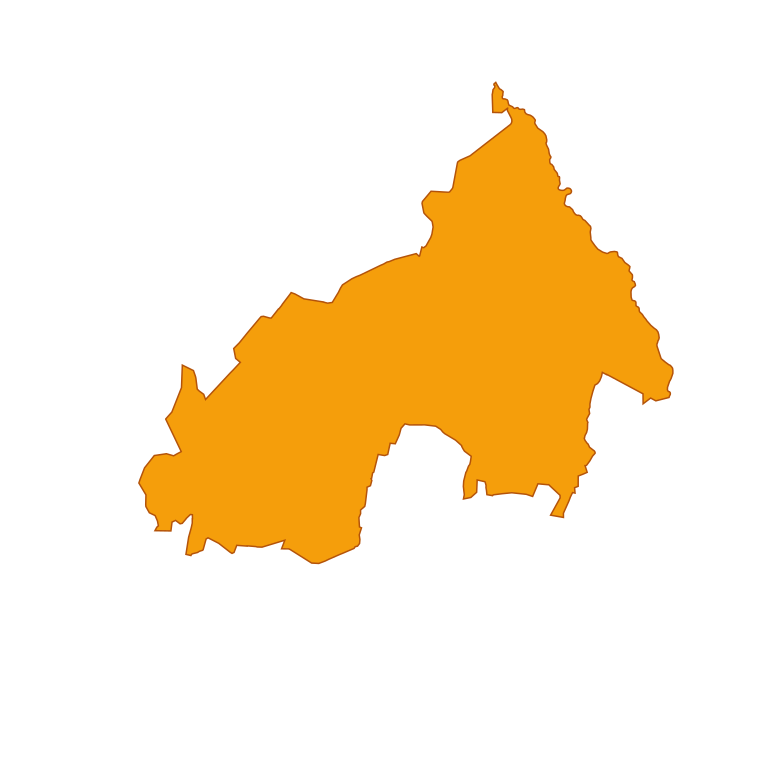 outline of Rencēnu pag., Burtnieku, Latvia, rotated 60°
{"feature_id": "27541924B42196495357588", "entity_name": "Rencēnu pag.", "entity_type": "district", "adm_level": 2, "iso_a3": "LVA", "parent_name": "Latvia", "parent_adm1": "Burtnieku", "projection": "mercator", "projection_center": [25.444, 57.701], "detail": "fine", "context": "isolated", "style": "filled", "palette": "amber", "viewbox_px": 768, "rotation_deg": 60, "n_neighbors": 0, "source": "geoboundaries", "source_scale": "gbopen_adm2", "svg_char_len": 6122}
<svg xmlns="http://www.w3.org/2000/svg" viewBox="0 0 768 768"><g transform="rotate(60 384 384)"><path d="M511.4,492.2L510.5,490.3L511.2,488.0L509.9,484.9L506.6,482.6L502.3,480.9L497.3,475.4L495.5,476.7L487.1,472.5L484.6,469.1L481.4,467.3L480.4,461.9L478.2,459.9L474.6,457.2L467.1,451.6L464.9,450.3L465.3,446.6L461.5,442.8L459.4,442.5L459.5,441.9L455.3,438.3L455.2,436.9L442.1,424.3L446.3,419.2L446.9,416.0L438.4,408.3L441.4,404.1L435.8,396.3L430.9,391.4L429.0,385.8L432.3,382.2L439.8,369.1L446.4,360.3L451.7,357.6L454.9,357.1L457.3,356.3L468.4,350.1L476.1,347.6L477.0,347.9L480.0,348.0L482.4,347.9L490.2,344.6L494.5,348.0L496.5,349.9L497.4,351.9L500.8,356.0L501.5,357.3L507.9,363.5L512.4,366.5L520.0,369.8L523.3,372.7L525.7,365.5L524.1,357.9L513.7,351.3L519.4,345.1L519.3,345.4L522.8,346.3L524.7,347.5L527.2,348.4L531.3,350.2L535.0,345.8L534.6,344.8L538.1,336.5L542.1,327.7L550.7,315.9L555.7,311.5L547.4,300.6L553.2,292.4L553.3,292.0L553.6,291.7L568.4,287.2L570.7,288.4L580.9,305.3L589.3,295.3L585.6,293.2L577.8,282.4L575.0,279.0L572.3,275.0L574.0,273.1L569.1,270.8L569.7,267.0L560.8,261.8L561.6,256.6L562.1,252.2L555.3,250.7L555.6,250.3L555.6,249.0L553.5,244.2L550.7,239.4L549.6,236.0L549.3,235.6L548.3,235.3L547.2,235.3L541.6,237.6L538.0,237.3L537.0,237.7L533.3,238.1L531.1,237.7L530.7,237.1L529.2,235.8L527.3,232.8L524.8,230.4L519.8,227.3L519.2,226.6L516.6,226.4L515.7,226.0L512.4,220.7L508.5,219.2L507.0,217.2L504.3,215.7L500.0,212.0L494.9,206.9L490.4,201.9L490.4,198.9L489.7,197.0L489.0,195.5L486.2,191.9L483.1,189.1L487.4,186.4L487.2,186.2L522.0,164.6L530.7,169.5L529.5,160.1L534.5,157.0L538.2,143.9L537.2,142.8L536.2,141.3L535.1,140.6L534.6,140.5L533.6,140.6L532.7,141.4L531.7,141.6L530.6,141.4L528.6,140.1L524.3,135.2L524.0,134.5L522.7,132.5L519.2,128.5L516.6,127.0L514.6,126.2L513.1,126.3L511.6,126.6L510.9,126.8L509.7,127.7L505.8,129.4L500.7,131.3L500.0,131.2L487.5,128.6L485.8,127.6L485.1,126.6L483.4,124.9L483.0,124.0L481.6,122.6L478.4,121.3L475.8,120.7L473.3,121.0L470.6,122.2L466.6,123.6L460.4,124.8L459.1,124.8L455.7,125.4L453.0,125.5L449.4,126.5L448.4,126.4L445.9,125.2L444.7,125.3L443.1,126.3L442.2,126.6L439.2,125.0L438.2,124.9L437.2,125.5L435.7,127.1L435.1,127.2L432.3,126.5L427.8,124.1L426.9,123.4L425.9,122.4L425.2,121.2L425.0,120.7L424.9,118.2L424.4,117.0L424.0,116.8L422.9,116.4L420.5,116.1L419.5,116.9L418.1,117.3L417.2,116.7L416.8,116.2L415.6,115.3L413.9,114.4L413.5,114.3L408.7,115.2L407.9,114.7L406.4,113.2L405.2,112.3L402.7,113.1L399.2,114.7L394.2,115.1L391.1,117.2L389.5,117.2L386.9,116.1L386.4,116.1L386.0,116.3L384.4,118.2L382.9,121.7L382.7,123.0L382.8,124.6L382.4,125.7L379.1,128.7L374.1,131.4L369.5,132.2L364.4,132.7L362.4,132.7L360.9,131.8L355.5,129.4L352.7,127.0L350.9,126.4L350.4,126.4L349.3,126.8L342.9,128.2L341.0,129.4L337.9,129.5L336.5,129.9L335.2,131.0L334.6,132.2L333.3,133.2L331.8,133.6L329.8,133.8L327.3,133.5L324.5,134.4L323.6,134.7L323.0,135.2L322.6,136.0L321.7,136.8L321.0,137.3L319.6,137.8L318.1,137.7L317.6,137.4L315.4,135.2L314.0,134.2L312.3,132.5L311.8,131.7L311.6,131.0L311.7,130.0L312.2,127.8L312.2,127.3L312.0,126.6L311.4,125.7L310.6,125.1L309.1,124.9L307.9,125.2L307.4,125.5L306.4,126.6L305.8,127.6L306.2,130.7L306.0,131.7L305.6,132.6L304.7,133.9L303.7,134.9L303.2,135.2L302.0,135.5L300.9,134.9L300.2,133.9L299.6,132.7L298.7,131.4L295.1,130.1L293.2,128.8L292.2,128.5L291.3,129.4L290.6,129.4L288.6,128.7L287.8,128.6L283.3,129.3L280.7,128.5L277.8,128.9L276.5,129.8L275.0,129.6L272.4,128.3L271.9,127.1L271.1,126.1L270.8,125.9L269.0,126.0L267.1,125.7L262.9,124.1L258.5,123.8L256.8,123.4L256.1,123.0L255.9,122.4L255.5,122.0L254.0,121.0L250.1,119.7L247.6,119.7L245.1,120.2L239.3,122.9L233.9,123.1L232.9,122.7L231.5,121.3L231.0,121.0L228.9,121.2L227.0,121.6L224.6,122.8L223.4,123.9L222.7,124.7L221.1,125.8L219.0,126.1L216.6,125.2L215.3,126.4L214.5,128.3L213.6,129.5L211.7,129.9L211.2,130.5L210.8,132.7L210.5,133.3L209.8,133.8L208.3,134.0L205.0,136.3L203.1,136.0L200.9,135.2L199.5,135.2L197.5,136.8L197.1,137.7L196.0,138.6L194.4,138.1L193.4,136.8L192.1,136.0L190.5,134.7L190.1,134.6L187.5,135.5L186.1,136.4L181.2,136.5L178.7,136.4L178.9,137.3L178.9,138.3L179.1,138.6L179.9,139.3L181.1,138.9L182.1,139.5L182.7,140.2L183.6,142.4L186.4,144.6L187.3,145.5L203.2,154.0L207.9,146.3L206.9,139.1L207.0,139.0L208.2,140.1L208.9,140.4L217.4,140.8L218.8,141.1L220.6,142.0L221.8,143.3L222.3,144.3L222.5,145.1L229.4,195.4L228.3,205.9L228.3,206.9L228.5,208.8L228.8,209.4L229.5,210.1L248.2,226.1L248.9,227.1L250.4,231.0L250.3,232.0L249.6,233.2L240.6,246.9L245.1,259.3L245.6,259.9L246.7,260.8L255.1,263.7L256.2,263.9L260.1,263.0L266.8,261.1L267.8,261.2L272.6,263.0L278.2,267.6L280.5,270.3L285.4,278.5L285.8,281.3L285.5,281.8L284.3,282.7L290.9,289.1L290.9,289.7L287.2,290.9L281.4,312.3L280.6,318.3L279.9,320.4L279.9,324.4L279.5,327.8L278.9,335.9L277.8,350.5L277.2,354.4L276.8,359.2L277.4,370.4L279.1,373.6L281.8,377.6L287.5,388.0L285.8,392.4L282.8,395.5L282.7,395.4L270.2,410.8L261.5,416.1L258.4,418.7L259.2,420.4L264.3,432.6L264.7,433.1L266.4,437.5L266.2,437.8L270.5,448.6L269.7,450.0L265.1,454.5L264.2,456.7L264.8,458.6L271.3,476.4L276.0,488.7L278.1,496.4L287.7,499.7L293.4,497.6L296.5,507.8L297.6,511.8L308.2,546.3L302.8,545.3L297.8,547.5L295.1,548.3L284.9,544.0L283.3,543.5L277.1,542.3L266.8,549.2L285.9,561.2L302.2,581.7L305.1,590.4L305.3,590.6L341.2,593.4L341.0,598.3L341.0,602.1L335.6,607.3L331.1,618.7L336.9,633.3L344.7,643.0L347.2,645.8L361.0,645.6L369.2,650.6L371.1,651.5L378.2,651.6L383.5,648.0L389.4,648.7L394.0,650.3L394.4,652.3L396.5,655.7L404.7,642.0L397.6,636.6L397.9,632.7L403.1,630.5L403.8,628.4L401.9,623.0L401.6,622.7L400.2,616.9L401.4,615.3L404.9,617.2L404.8,617.4L408.6,619.6L412.1,622.8L419.0,629.8L432.5,640.7L436.0,637.0L435.4,636.0L435.2,635.0L436.7,629.7L436.6,627.5L437.3,624.3L437.3,624.0L436.8,623.2L429.3,615.6L429.2,613.3L439.3,606.8L452.9,601.3L454.7,600.3L454.9,598.1L450.1,592.2L455.4,584.4L456.0,583.5L455.8,583.4L455.9,583.2L460.7,576.3L461.8,575.2L464.3,571.2L469.7,548.0L475.5,555.1L479.2,548.9L480.3,548.1L502.9,536.2L506.8,530.2L507.9,523.5L508.2,519.3L509.5,507.6L510.0,504.0L511.4,492.2Z" fill="#f59e0b" stroke="#b45309" stroke-width="1.5"/></g></svg>